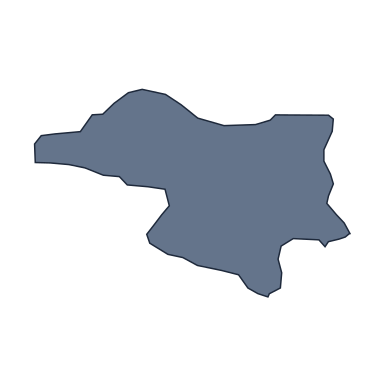 Munkedal, Västra Götaland, Sweden (Mercator projection), rotated 275°
{"feature_id": "70781695B34337656625588", "entity_name": "Munkedal", "entity_type": "district", "adm_level": 2, "iso_a3": "SWE", "parent_name": "Sweden", "parent_adm1": "Västra Götaland", "projection": "mercator", "projection_center": [11.711, 58.612], "detail": "fine", "context": "isolated", "style": "filled", "palette": "slate", "viewbox_px": 384, "rotation_deg": 275, "n_neighbors": 0, "source": "geoboundaries", "source_scale": "gbopen_adm2", "svg_char_len": 949}
<svg xmlns="http://www.w3.org/2000/svg" viewBox="0 0 384 384"><g transform="rotate(275 192 192)"><path d="M280.4,321.3L277.0,279.8L276.1,268.4L270.4,263.7L264.7,249.4L260.9,218.1L266.1,191.3L278.0,173.5L286.9,157.1L289.9,133.4L285.4,120.0L273.6,106.7L261.7,96.3L260.2,85.9L258.8,85.1L242.4,75.5L237.9,50.3L235.0,36.9L226.1,31.0L207.7,33.3L208.6,48.0L208.6,67.0L206.7,83.2L201.0,102.2L201.0,118.3L193.4,126.9L193.4,147.8L192.4,164.9L176.3,170.6L166.8,163.9L156.3,157.3L145.9,150.6L137.3,154.4L127.8,173.4L125.9,188.6L119.3,203.8L116.4,228.5L113.6,245.6L101.2,256.1L96.5,266.5L94.1,276.8L97.4,277.9L104.1,288.4L109.8,288.4L119.3,288.4L132.6,283.6L145.9,285.5L154.4,296.9L155.4,322.6L149.1,329.3L154.4,332.2L157.9,342.6L160.5,348.6L163.9,352.0L164.3,353.0L174.4,346.3L182.0,337.8L192.4,327.3L200.0,328.3L212.4,332.1L221.9,328.3L234.2,320.7L245.6,319.7L264.7,326.4L277.0,326.4L280.4,321.3Z" fill="#64748b" stroke="#1e293b" stroke-width="1.5"/></g></svg>